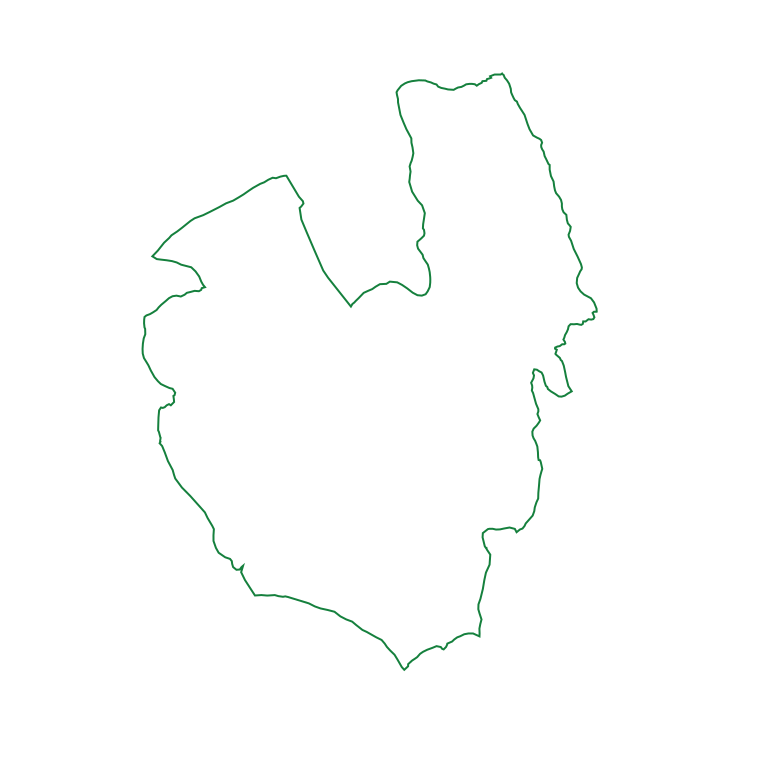 outline of Kasulu Township Authority, Kigoma, United Republic of Tanzania, rotated 160°
{"feature_id": "72390352B60593007856017", "entity_name": "Kasulu Township Authority", "entity_type": "district", "adm_level": 2, "iso_a3": "TZA", "parent_name": "United Republic of Tanzania", "parent_adm1": "Kigoma", "projection": "robinson", "projection_center": [30.062, -4.582], "detail": "fine", "context": "isolated", "style": "outline", "palette": "green", "viewbox_px": 768, "rotation_deg": 160, "n_neighbors": 0, "source": "geoboundaries", "source_scale": "gbopen_adm2", "svg_char_len": 6118}
<svg xmlns="http://www.w3.org/2000/svg" viewBox="0 0 768 768"><g transform="rotate(160 384 384)"><path d="M167.0,635.3L168.5,634.9L172.6,636.4L174.4,637.0L178.2,636.9L179.0,636.9L178.6,635.1L180.7,635.1L182.9,635.3L184.1,633.9L186.1,634.4L187.9,634.9L189.2,633.6L192.3,633.3L194.8,632.6L196.1,634.6L198.8,636.0L201.1,636.8L204.3,637.5L206.9,637.0L209.7,636.7L213.0,637.3L215.7,637.0L217.9,636.6L223.1,638.9L225.6,640.6L228.9,642.6L231.4,644.9L232.2,647.5L234.7,649.3L236.7,651.3L239.8,653.5L241.4,655.1L247.4,657.5L254.5,659.1L258.6,659.5L261.6,659.3L265.9,658.3L270.7,655.4L272.4,653.9L272.9,651.4L273.4,647.0L274.5,643.8L276.5,631.2L276.2,622.7L275.8,615.7L274.3,605.5L275.7,601.3L276.3,596.5L277.5,590.8L279.5,587.5L281.7,584.3L283.4,582.5L285.5,579.7L286.4,574.5L288.2,571.2L289.6,568.2L291.2,565.2L291.8,555.1L289.6,544.7L287.1,538.9L287.2,530.6L289.9,525.6L292.5,520.9L294.2,517.0L293.7,515.1L294.4,511.8L295.7,509.7L298.9,508.2L301.7,507.1L303.9,506.3L305.4,503.0L305.7,499.6L303.5,492.2L303.9,488.9L303.0,485.1L302.0,481.2L302.3,477.1L302.8,473.5L304.0,468.7L304.7,466.5L305.9,463.4L307.9,459.4L311.3,456.1L314.2,454.1L318.2,454.1L322.2,456.0L325.8,460.0L329.5,465.9L333.1,470.9L336.8,475.0L343.5,478.2L347.5,477.3L353.7,479.2L358.6,478.3L362.6,477.2L366.8,477.0L371.9,476.6L378.6,473.3L382.2,471.7L384.1,470.7L386.3,470.0L388.6,468.1L400.2,503.0L402.3,511.4L403.7,534.0L404.4,546.8L404.7,552.0L405.4,566.8L403.1,578.3L401.1,579.1L398.0,581.1L397.7,583.5L399.9,589.1L404.5,613.1L406.6,613.8L410.4,614.3L415.1,614.3L418.1,615.9L422.9,615.5L427.6,614.5L432.0,614.4L439.9,613.1L444.8,611.9L451.1,610.2L456.5,609.1L463.0,607.9L470.6,607.8L478.1,606.6L488.7,605.3L496.2,604.5L505.3,604.5L510.1,603.4L520.0,600.0L526.0,598.1L532.9,596.4L535.9,594.7L542.3,592.0L550.9,586.7L558.0,583.2L554.8,579.1L551.1,577.2L545.9,574.6L541.2,572.0L537.2,569.1L533.8,565.5L525.2,559.6L522.6,554.3L520.9,548.2L520.7,542.7L520.1,539.1L519.1,536.2L522.5,536.4L523.6,535.0L526.2,534.5L530.1,536.3L534.6,536.7L538.1,537.1L540.8,536.1L545.0,535.7L548.8,538.0L552.7,538.8L556.7,538.2L560.5,536.7L566.3,534.6L569.5,533.1L572.4,531.3L576.7,530.3L580.1,529.7L583.8,529.7L586.1,528.9L587.4,526.4L588.7,523.1L589.7,519.1L589.6,517.5L591.3,512.4L594.2,509.0L596.8,504.3L598.9,499.5L600.3,495.1L600.7,490.5L599.6,485.2L599.0,482.1L598.5,476.4L597.3,469.0L595.5,464.0L593.7,460.3L590.6,457.1L587.0,453.6L584.3,451.8L583.2,447.2L584.7,445.1L586.0,444.8L586.7,441.4L587.4,438.9L589.5,437.9L591.6,436.9L592.9,438.6L595.5,438.3L598.0,437.2L600.1,437.2L601.6,438.2L604.3,436.2L607.3,429.8L610.5,421.8L612.1,417.7L611.9,416.0L612.4,410.4L612.3,409.9L614.0,406.8L613.8,406.2L615.1,405.1L613.7,401.6L613.4,394.6L613.4,385.5L612.0,375.4L612.4,370.4L612.5,366.6L609.3,355.8L604.3,344.9L596.2,324.6L595.6,318.4L593.9,309.4L593.5,305.8L596.0,300.1L597.9,294.8L598.0,287.5L597.1,282.0L592.5,275.5L588.5,272.3L587.6,269.6L588.2,266.9L588.4,263.6L586.2,259.9L583.0,259.0L580.5,260.7L578.6,261.4L582.6,256.0L581.7,247.3L577.6,229.4L571.4,227.6L566.0,225.1L558.8,223.0L555.8,220.8L551.7,218.6L549.4,218.2L546.8,216.5L546.7,216.4L529.7,203.6L525.0,198.6L520.4,194.8L514.2,190.9L508.4,186.9L504.5,180.6L500.0,175.7L495.2,171.6L492.5,166.9L488.4,160.3L485.0,156.9L477.9,148.6L473.8,144.3L472.1,139.8L471.2,136.0L469.4,131.6L468.2,129.1L466.7,126.0L465.6,120.6L464.8,116.0L464.1,111.9L462.7,108.5L462.2,108.7L457.9,110.5L457.1,112.5L452.2,114.5L448.4,115.4L446.2,116.0L442.4,118.1L438.9,119.0L434.3,119.5L428.7,119.5L424.3,119.7L420.6,117.4L419.9,115.2L418.7,114.2L415.6,115.7L413.9,117.4L413.3,118.4L408.1,118.7L405.4,119.9L401.8,120.9L398.8,120.9L394.2,121.4L390.0,120.7L385.6,119.1L380.6,114.2L379.5,116.9L378.0,121.5L375.6,125.5L372.9,129.4L372.7,135.7L372.4,140.1L370.6,144.6L366.9,149.1L361.2,157.6L356.8,165.4L352.7,171.9L346.6,178.1L342.5,187.3L344.0,193.4L343.8,194.9L344.3,195.0L344.8,197.0L343.8,206.2L342.1,210.1L336.0,212.1L334.6,211.9L331.3,210.7L328.5,208.9L324.7,207.7L321.0,207.2L315.1,206.2L310.6,203.1L310.1,199.4L309.8,199.5L306.0,200.8L303.3,200.8L300.5,202.5L298.5,204.5L295.7,206.0L292.6,207.7L289.3,209.5L286.3,213.1L284.5,216.5L281.2,220.7L278.3,223.6L276.2,228.9L273.0,235.7L270.3,241.6L268.1,245.0L265.8,248.2L264.3,250.1L263.4,256.9L263.4,258.9L264.7,259.7L264.2,262.5L262.7,267.2L261.3,272.8L261.3,275.7L261.4,278.9L262.0,281.8L262.0,284.8L260.9,288.5L258.6,290.9L254.9,292.6L251.5,294.9L249.7,296.4L250.0,299.8L250.1,303.3L248.3,305.5L247.6,307.6L247.9,313.4L247.3,320.9L247.0,324.5L247.3,327.3L245.9,329.8L245.3,332.0L245.3,334.8L241.6,338.2L240.1,340.8L240.3,343.5L237.8,346.4L235.4,345.1L233.9,343.0L232.0,340.9L231.6,337.6L232.4,331.3L232.5,326.9L231.6,325.4L231.7,323.3L229.7,320.0L226.5,316.0L224.1,312.6L221.5,311.4L218.1,311.2L214.7,312.1L210.1,312.9L211.5,318.9L210.5,328.5L209.7,333.3L208.8,339.8L208.9,344.7L209.7,346.1L209.8,348.3L212.2,352.6L212.6,353.7L211.3,355.3L209.9,357.1L211.2,358.7L210.7,359.7L208.2,359.9L205.9,359.5L203.0,360.4L201.0,359.7L199.8,360.0L199.6,361.7L200.2,364.4L198.7,365.9L197.2,368.0L194.5,370.3L192.4,372.5L190.8,375.1L188.2,376.4L184.9,375.1L182.1,374.4L179.7,372.8L178.3,372.1L176.6,372.5L175.4,374.7L173.2,373.8L169.7,374.9L167.2,373.6L165.1,373.4L163.5,374.7L163.5,377.8L163.7,379.4L162.1,380.1L159.5,379.2L159.4,379.2L158.5,382.1L158.7,388.8L160.2,393.8L165.4,399.6L167.6,403.8L168.5,407.3L168.5,407.5L168.7,408.2L168.4,412.9L166.2,417.6L163.1,420.7L161.1,422.8L159.1,424.2L158.2,425.8L157.9,429.3L158.5,437.5L159.5,446.0L159.2,454.6L159.9,459.0L159.5,461.2L156.8,464.2L154.8,467.8L155.6,470.3L156.3,472.0L156.0,475.7L154.8,480.6L156.5,483.9L156.7,487.2L156.1,490.1L155.1,492.8L154.7,496.4L155.4,500.2L157.0,504.4L157.1,507.5L156.5,511.5L155.4,516.3L156.0,522.3L155.0,528.8L153.4,533.2L154.2,534.5L154.7,539.9L155.1,543.2L154.5,547.8L155.1,550.3L155.2,552.9L154.6,554.8L152.9,556.7L152.9,559.5L154.0,561.2L156.1,563.3L158.9,566.6L160.1,573.6L160.2,579.1L159.9,588.8L161.8,597.2L162.5,601.4L162.5,603.9L164.0,606.0L164.4,608.6L164.7,612.2L164.8,614.6L163.9,618.0L163.7,623.4L164.6,627.4L165.8,630.5L165.9,633.5L167.0,635.1L167.0,635.3Z" fill="none" stroke="#15803d" stroke-width="2"/></g></svg>